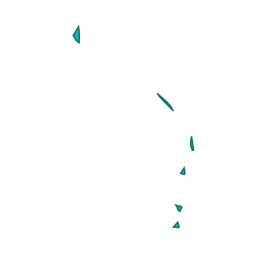 map outline of Laamu (Mercator projection), rotated 300°
{"feature_id": "MDV-5239", "entity_name": "Laamu", "entity_type": "Atoll", "adm_level": 1, "iso_a3": "MDV", "parent_name": "Maldives", "parent_adm1": "", "projection": "mercator", "projection_center": [73.461, 1.946], "detail": "coarse", "context": "isolated", "style": "filled", "palette": "teal", "viewbox_px": 256, "rotation_deg": 300, "n_neighbors": 0, "source": "natural_earth", "source_scale": "10m", "svg_char_len": 705}
<svg xmlns="http://www.w3.org/2000/svg" viewBox="0 0 256 256"><g transform="rotate(300 128 128)"><path d="M180.8,34.3L191.0,34.5L188.2,36.7L180.9,41.3L177.5,43.0L177.5,40.7L178.2,38.7L180.8,34.3ZM172.5,135.9L170.1,148.0L168.3,153.6L165.7,158.5L165.5,158.8L170.7,140.2L172.5,135.9ZM152.5,187.2L148.4,190.5L141.7,195.8L141.5,195.6L141.3,195.4L141.1,195.2L140.9,194.9L142.2,193.3L143.5,191.7L146.4,189.7L152.5,187.2ZM85.1,208.1L85.7,210.7L86.7,212.8L86.2,214.2L81.8,214.7L82.0,212.4L83.1,210.9L84.4,209.7L85.1,208.1ZM65.0,216.8L71.2,218.2L68.1,221.7L66.8,221.4L66.1,219.3L65.0,216.8ZM115.1,196.3L121.4,196.6L117.4,200.0L115.9,199.9L115.1,196.3Z" fill="#14b8a6" stroke="#0f766e" stroke-width="1.5"/></g></svg>